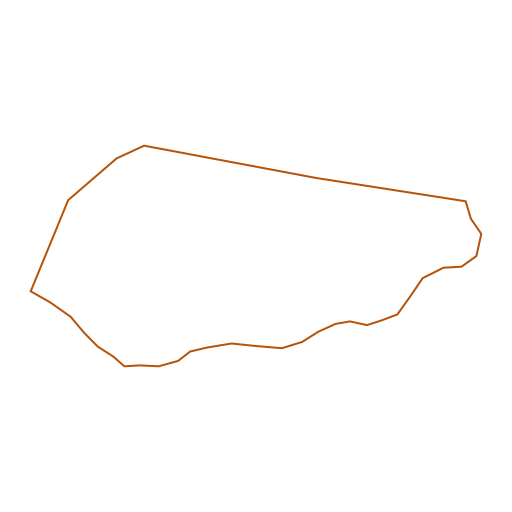 the district of Montadas, Paraíba, Brazil
{"feature_id": "56859067B50047647998901", "entity_name": "Montadas", "entity_type": "district", "adm_level": 2, "iso_a3": "BRA", "parent_name": "Brazil", "parent_adm1": "Paraíba", "projection": "mercator", "projection_center": [-35.939, -7.09], "detail": "fine", "context": "isolated", "style": "outline", "palette": "amber", "viewbox_px": 512, "rotation_deg": 0, "n_neighbors": 0, "source": "geoboundaries", "source_scale": "gbopen_adm2", "svg_char_len": 541}
<svg xmlns="http://www.w3.org/2000/svg" viewBox="0 0 512 512"><path d="M116.7,158.3L68.2,200.1L30.7,291.3L50.2,302.4L70.7,316.8L84.4,333.1L97.8,346.6L113.6,356.8L124.3,366.3L139.5,365.4L158.8,366.3L178.3,360.8L190.2,351.5L207.2,347.5L231.6,343.5L255.7,346.0L281.9,348.2L302.0,342.0L318.5,331.6L335.6,323.9L349.9,321.4L367.0,325.1L381.3,320.5L397.4,314.4L409.9,296.9L422.7,278.1L443.5,267.7L461.5,266.7L476.4,256.0L481.3,233.9L470.9,218.8L465.7,201.3L316.1,178.0L144.1,145.7L116.7,158.3Z" fill="none" stroke="#b45309" stroke-width="2"/></svg>